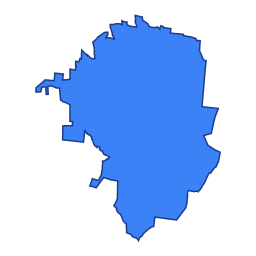 Huhí, Yucatán, Mexico
{"feature_id": "50627088B5234987061010", "entity_name": "Huhí", "entity_type": "district", "adm_level": 2, "iso_a3": "MEX", "parent_name": "Mexico", "parent_adm1": "Yucatán", "projection": "natural_earth1", "projection_center": [-89.155, 20.688], "detail": "fine", "context": "isolated", "style": "filled", "palette": "blue", "viewbox_px": 256, "rotation_deg": 0, "n_neighbors": 0, "source": "geoboundaries", "source_scale": "gbopen_adm2", "svg_char_len": 4411}
<svg xmlns="http://www.w3.org/2000/svg" viewBox="0 0 256 256"><path d="M218.3,108.5L202.0,106.7L205.0,71.4L206.1,60.6L204.4,60.5L204.2,60.3L203.6,59.6L203.1,59.0L199.5,50.6L200.2,40.7L196.6,40.5L195.8,38.5L191.3,37.0L183.5,35.7L183.6,34.9L183.4,34.3L170.3,33.1L170.3,32.5L170.6,31.1L170.9,28.7L169.7,28.5L169.1,28.4L168.1,28.3L165.8,27.9L164.7,27.8L163.9,27.9L163.6,27.4L163.3,26.6L161.5,26.1L161.3,25.8L161.0,25.7L160.8,26.3L160.2,27.5L159.9,28.4L159.8,29.3L157.8,27.0L157.1,27.0L154.8,27.6L153.9,27.7L150.9,27.1L148.9,26.3L148.7,25.4L147.9,23.8L144.8,21.6L144.1,21.1L143.2,20.9L142.7,20.8L142.3,17.1L137.4,15.9L135.2,15.4L135.1,16.2L135.2,16.8L135.6,18.6L135.2,22.3L135.7,23.3L136.0,23.8L136.9,26.7L135.6,26.9L132.8,26.6L131.9,26.4L130.6,26.4L130.2,26.2L127.1,24.8L126.9,21.9L125.4,22.1L124.9,21.8L124.4,21.6L122.5,21.2L122.0,20.8L121.8,22.3L122.1,23.4L122.2,24.3L122.2,24.8L119.8,23.7L118.6,23.9L117.6,23.7L115.8,23.8L115.2,24.0L113.2,24.4L110.2,24.5L110.3,25.1L110.2,25.4L110.3,27.4L111.0,28.9L111.2,29.6L111.3,30.1L111.6,31.3L111.7,31.5L111.8,31.9L112.4,33.7L112.3,35.1L113.5,37.1L114.1,38.1L114.3,39.0L111.3,38.2L110.2,37.9L109.6,37.9L108.8,37.7L107.1,37.5L106.0,37.9L106.1,37.3L106.2,36.8L106.6,36.4L107.8,34.8L107.8,32.8L107.9,32.3L106.5,32.2L104.5,32.5L103.6,33.1L99.7,35.8L99.3,36.5L98.5,36.5L98.1,36.9L97.8,37.2L97.3,37.6L97.1,38.5L95.7,39.7L92.8,42.1L94.3,48.1L94.3,54.2L94.7,55.7L94.8,58.7L91.2,58.5L87.3,54.8L87.2,55.1L87.2,55.5L81.7,50.1L81.3,59.0L80.0,58.5L78.9,61.8L75.7,61.2L75.6,64.5L75.6,66.0L76.3,66.3L76.1,67.2L75.8,67.5L75.6,67.7L75.5,69.0L75.4,70.1L71.7,69.4L70.0,69.1L70.0,71.1L70.0,74.3L70.0,76.1L70.0,77.9L70.0,79.2L66.8,79.7L66.0,79.9L64.6,79.8L62.6,80.0L63.3,74.0L61.6,73.9L60.6,73.7L60.3,73.7L57.2,73.4L55.1,73.2L54.7,73.2L54.7,73.6L54.7,74.5L54.6,77.1L54.5,77.8L54.4,78.3L54.3,79.0L54.1,80.6L51.9,80.5L50.6,80.4L49.7,80.3L47.9,80.1L46.6,80.0L46.4,80.0L45.7,80.0L45.3,79.9L45.2,79.9L45.2,80.0L36.1,87.7L35.9,92.0L40.8,91.9L41.7,87.3L42.6,87.0L43.0,87.1L44.6,86.8L45.8,87.1L46.2,94.4L48.2,94.3L47.8,86.5L48.3,86.4L51.7,85.8L52.5,85.9L52.5,86.2L56.5,88.0L59.5,88.1L60.6,100.2L61.6,100.5L62.6,101.4L63.3,101.9L65.9,102.6L66.2,102.9L69.9,104.6L70.0,106.5L69.9,121.4L72.8,121.7L72.3,124.4L72.3,125.7L62.9,125.8L62.6,139.8L83.5,142.1L84.6,132.3L84.8,131.2L85.0,130.5L85.5,131.1L85.4,131.5L85.4,131.8L85.6,132.2L85.9,132.5L86.3,132.9L87.1,132.9L87.4,133.1L87.2,133.7L87.4,134.0L88.0,134.3L88.5,134.8L88.8,134.9L89.5,134.9L90.1,135.2L90.4,135.7L91.2,136.6L91.4,137.3L91.9,138.4L91.8,138.8L91.8,139.4L92.0,139.6L92.4,139.8L92.6,140.0L92.6,140.4L92.8,141.1L93.1,141.8L93.2,142.4L93.5,143.0L93.6,143.5L93.7,143.9L94.2,144.5L94.8,145.8L95.3,146.1L96.0,146.3L96.4,147.1L97.0,147.5L97.0,147.0L97.0,146.3L97.4,146.3L97.9,146.5L98.9,146.9L99.9,147.5L99.6,148.4L99.4,149.2L100.0,149.9L100.4,150.5L101.6,150.9L102.2,150.9L102.5,151.1L102.4,151.6L102.5,152.0L103.1,152.5L103.2,152.9L103.6,153.5L103.6,153.9L103.9,154.3L104.6,154.5L105.3,155.2L105.9,155.2L106.6,155.4L107.3,155.6L108.1,156.3L108.8,156.6L109.3,156.8L109.7,157.1L109.3,157.5L108.7,157.9L108.7,158.3L108.4,158.4L108.1,159.0L107.7,159.3L107.3,158.9L106.4,159.3L105.3,160.4L104.9,160.7L102.4,161.2L102.8,162.3L102.3,166.3L102.3,168.6L101.2,175.0L98.5,180.6L92.3,178.6L91.3,182.5L90.8,183.1L89.9,186.1L91.7,186.2L96.1,187.8L103.7,177.5L111.3,179.9L115.2,180.5L117.9,181.1L117.7,182.4L117.4,196.3L117.5,197.0L117.1,199.5L116.0,201.7L115.9,202.3L114.3,205.0L114.0,205.9L116.6,208.4L116.5,210.0L118.2,212.8L120.7,214.5L123.3,221.0L125.4,223.3L126.3,223.9L126.7,232.7L131.5,234.7L131.7,235.2L132.0,236.1L133.3,237.0L136.9,238.4L138.5,240.6L139.4,238.1L141.1,236.5L142.0,236.0L143.3,233.9L143.8,233.2L149.3,228.3L150.0,228.2L151.6,226.9L153.7,226.6L154.4,221.2L154.8,217.1L161.0,217.9L161.3,217.9L162.5,218.1L176.5,220.0L185.8,207.8L186.8,203.5L186.7,203.3L187.1,200.6L187.1,200.3L187.4,197.1L187.6,196.5L187.4,194.4L187.5,192.1L188.6,190.5L190.6,190.9L193.8,191.6L195.8,191.3L196.1,191.3L196.5,191.2L198.3,191.8L198.6,191.2L199.7,189.9L200.3,189.5L203.3,184.4L203.8,183.9L205.3,181.3L206.0,179.4L206.2,179.0L206.4,178.5L208.9,173.3L209.6,173.1L210.0,173.2L210.6,173.1L213.9,168.6L214.5,167.8L216.3,166.6L216.8,164.7L217.8,163.0L218.4,161.7L220.0,153.3L220.0,153.1L220.1,152.2L215.8,150.3L215.2,150.0L207.9,145.3L203.7,135.5L211.3,133.4L212.2,129.0L214.1,120.5L215.2,116.6L218.3,108.5Z" fill="#3b82f6" stroke="#1e3a8a" stroke-width="1.5"/></svg>